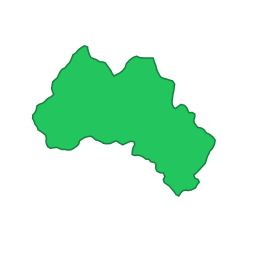 the district of Juruaia, Minas Gerais, Brazil, rotated 43°
{"feature_id": "56859067B3043331336620", "entity_name": "Juruaia", "entity_type": "district", "adm_level": 2, "iso_a3": "BRA", "parent_name": "Brazil", "parent_adm1": "Minas Gerais", "projection": "albers", "projection_center": [-46.523, -21.229], "detail": "fine", "context": "isolated", "style": "filled", "palette": "green", "viewbox_px": 256, "rotation_deg": 43, "n_neighbors": 0, "source": "geoboundaries", "source_scale": "gbopen_adm2", "svg_char_len": 2222}
<svg xmlns="http://www.w3.org/2000/svg" viewBox="0 0 256 256"><g transform="rotate(43 128 128)"><path d="M49.5,183.4L51.7,186.1L54.2,186.8L57.3,188.6L60.9,189.1L63.5,190.6L66.2,190.0L69.3,189.7L72.5,189.4L75.1,190.9L76.8,193.3L79.1,195.2L82.1,196.4L85.1,195.8L86.8,193.4L89.3,190.6L92.3,189.7L94.5,188.7L96.1,186.9L98.6,185.5L100.9,183.2L101.9,180.7L102.8,177.1L102.9,173.4L101.3,170.4L102.3,165.7L104.1,162.2L106.1,159.6L108.7,158.7L112.1,158.9L114.9,157.4L117.9,156.3L120.4,156.0L122.9,154.3L125.6,151.5L127.0,147.9L128.3,145.3L131.6,144.9L135.6,143.9L137.2,139.9L138.9,136.1L141.6,134.0L144.1,135.3L145.3,139.4L147.3,142.4L149.1,144.6L151.7,143.5L154.0,140.8L156.4,139.6L159.3,138.8L162.4,138.6L164.4,136.7L167.6,137.1L170.9,135.1L173.7,135.8L175.2,138.1L178.2,139.8L181.7,139.0L184.6,136.8L188.2,138.4L189.0,141.7L191.7,143.1L194.4,142.8L197.6,142.2L201.2,142.7L205.1,143.1L208.4,143.9L211.5,143.1L210.8,139.3L211.0,136.2L212.6,134.0L214.8,132.6L216.7,129.9L218.2,125.7L217.2,122.4L217.1,119.0L214.4,117.9L211.1,119.1L208.1,117.6L208.6,114.8L208.7,112.0L208.7,108.5L208.6,105.4L208.6,101.2L206.9,97.6L205.3,94.4L204.7,91.7L203.6,89.0L203.7,85.5L202.4,81.1L200.1,77.5L196.4,76.7L192.1,77.0L188.5,78.2L184.8,77.4L181.7,78.0L178.6,80.0L175.2,79.5L172.7,79.0L170.7,77.2L169.1,74.0L167.3,72.3L164.2,72.9L162.2,75.3L160.0,74.4L156.9,73.0L153.8,73.0L150.7,74.5L149.9,78.3L149.5,81.4L147.0,81.7L144.5,80.7L142.3,78.9L140.3,76.0L138.5,73.6L137.0,71.3L135.8,69.0L134.1,67.0L132.2,64.1L128.6,63.2L125.3,64.8L122.0,66.4L119.6,67.8L117.1,68.4L112.8,67.3L109.1,65.6L105.4,63.2L101.6,61.5L98.8,59.6L95.4,62.7L92.0,65.9L88.6,68.5L85.3,69.7L83.7,72.9L82.9,77.3L82.9,81.9L84.6,85.2L85.0,89.2L84.6,92.9L83.4,96.2L82.2,99.6L79.0,98.9L76.6,97.8L73.7,97.2L69.9,96.5L67.1,95.9L64.6,96.8L62.3,98.9L58.2,99.6L55.5,100.8L52.9,101.8L50.0,100.8L47.4,99.4L45.0,98.0L43.2,96.3L40.0,97.7L39.1,101.0L38.4,104.4L38.7,108.5L37.8,111.9L39.2,115.3L40.7,119.7L40.6,123.5L41.0,126.9L39.8,129.9L40.0,133.1L41.2,136.8L42.1,139.9L41.6,143.0L41.5,145.6L43.3,148.2L45.0,151.0L47.7,152.7L50.6,153.9L50.5,157.5L49.1,161.7L49.1,165.4L48.6,168.1L47.2,170.7L46.3,173.8L48.6,177.5L49.5,180.4L49.5,183.4Z" fill="#22c55e" stroke="#15803d" stroke-width="1.5"/></g></svg>